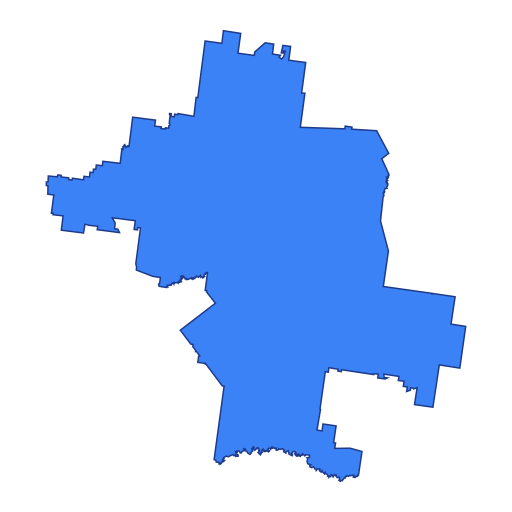 outline of Carrathool, New South Wales, Australia
{"feature_id": "25037944B9270414762897", "entity_name": "Carrathool", "entity_type": "district", "adm_level": 2, "iso_a3": "AUS", "parent_name": "Australia", "parent_adm1": "New South Wales", "projection": "albers", "projection_center": [145.4, -33.626], "detail": "fine", "context": "isolated", "style": "filled", "palette": "blue", "viewbox_px": 512, "rotation_deg": 0, "n_neighbors": 0, "source": "geoboundaries", "source_scale": "gbopen_adm2", "svg_char_len": 6072}
<svg xmlns="http://www.w3.org/2000/svg" viewBox="0 0 512 512"><path d="M61.3,230.2L83.5,233.0L85.0,224.2L89.2,225.3L97.8,226.3L97.2,229.7L119.5,232.6L117.9,229.2L114.6,228.7L115.2,223.1L112.3,217.8L135.3,220.7L134.1,229.5L137.5,229.9L137.8,227.5L140.5,227.9L135.8,263.7L136.6,267.2L136.3,270.0L152.9,276.4L160.4,277.5L159.6,283.2L158.6,284.2L159.1,286.3L166.5,287.5L166.5,287.0L167.7,287.0L167.2,286.3L167.7,285.9L167.4,285.2L169.7,285.0L170.0,286.0L170.1,285.1L171.4,285.0L171.5,283.9L172.7,283.5L172.5,282.9L173.5,282.8L173.2,283.0L173.7,283.8L173.7,283.3L174.4,283.3L174.2,282.5L177.6,282.8L177.5,281.8L178.1,282.9L178.2,282.5L178.9,282.8L178.5,282.3L178.6,282.1L178.8,282.5L179.2,282.4L178.8,281.9L179.3,282.2L179.5,281.2L179.7,281.7L180.8,281.8L180.4,280.9L181.0,281.0L180.6,280.5L181.4,279.6L180.9,279.7L180.7,279.3L181.3,279.2L181.3,278.1L182.1,277.9L181.0,276.6L181.7,276.7L181.4,276.1L181.8,276.4L181.9,275.8L183.8,276.2L183.5,277.3L185.4,278.1L185.1,278.7L186.2,278.8L186.2,279.5L187.1,279.5L187.0,278.8L188.4,279.3L190.3,278.3L191.2,278.7L191.5,278.0L192.0,278.6L192.0,277.9L193.1,277.9L192.7,278.9L193.3,279.1L195.0,278.2L194.9,277.4L196.6,276.9L196.6,276.2L198.6,277.3L199.0,276.2L200.1,276.5L200.4,275.8L200.8,277.1L201.2,276.5L202.3,277.0L202.6,277.9L203.6,277.6L203.4,277.0L204.4,276.4L203.9,276.2L204.2,274.7L205.3,274.3L205.3,273.2L206.8,273.2L206.9,272.5L207.5,272.6L205.2,290.4L206.7,290.6L206.6,292.0L215.4,303.2L180.3,330.2L190.8,344.1L193.1,344.4L192.8,346.6L195.8,350.7L195.6,351.6L196.6,351.7L199.8,356.0L198.6,356.3L197.8,362.4L205.4,363.4L205.3,364.2L206.1,364.3L222.3,385.9L224.1,386.1L214.1,459.6L216.0,460.4L216.2,462.1L218.9,462.2L219.0,463.7L220.0,463.1L220.1,464.2L221.4,463.3L221.8,462.1L223.8,461.5L223.8,461.0L222.3,461.4L222.4,460.2L224.0,460.2L223.0,459.5L223.7,458.8L222.8,458.7L223.6,458.4L223.7,457.6L226.3,456.1L228.2,456.8L232.9,454.5L233.7,455.6L235.5,455.0L235.5,456.4L238.1,456.2L238.2,455.1L236.0,453.7L236.1,452.6L235.5,451.8L236.2,451.4L236.4,452.4L237.1,452.5L237.4,451.1L238.9,450.8L240.2,452.9L241.3,452.9L242.4,451.1L244.2,450.7L243.9,448.7L245.3,449.1L245.8,451.0L246.9,451.3L247.5,452.8L249.9,454.4L251.0,453.4L250.7,452.7L252.7,451.0L251.8,448.8L252.8,448.2L252.9,447.1L253.9,447.1L253.4,449.0L254.7,450.3L255.9,449.0L257.1,448.8L257.1,447.8L258.2,447.9L259.2,449.5L258.8,450.4L259.5,450.9L258.0,452.4L260.3,454.8L261.1,453.6L260.9,452.8L262.3,452.3L261.7,450.6L263.0,449.1L263.7,450.9L264.6,450.5L264.5,451.5L265.9,451.4L266.4,450.7L268.4,451.8L270.0,450.8L269.4,450.9L267.8,449.4L268.3,448.7L269.3,448.0L270.7,449.3L271.4,447.4L272.1,448.3L272.9,448.1L273.1,447.2L274.7,448.4L276.3,448.1L276.0,450.6L276.3,449.8L276.8,450.3L278.4,449.7L278.9,448.8L280.1,449.4L282.8,448.7L283.2,449.8L284.3,450.2L283.7,451.8L285.8,453.0L285.6,452.1L288.2,450.6L289.1,454.2L292.2,455.7L292.6,454.4L291.5,453.3L293.2,451.6L294.5,451.3L295.8,452.6L294.8,453.4L295.7,454.2L295.2,454.7L295.9,455.4L296.0,454.3L297.0,454.2L297.3,456.1L298.1,455.9L297.5,455.4L298.6,454.2L299.5,456.0L300.3,456.3L300.3,455.2L301.6,455.4L302.4,453.8L303.2,454.2L303.0,454.9L304.0,454.7L304.8,455.9L306.0,454.8L309.5,455.0L309.4,457.4L307.0,457.8L307.7,458.5L307.0,461.4L307.7,463.8L310.8,464.7L309.8,465.5L310.0,466.9L311.9,467.7L313.0,466.7L314.4,467.6L314.8,468.9L316.2,469.0L316.3,470.4L317.6,469.0L319.6,468.8L320.0,469.6L319.4,470.7L321.1,472.1L322.1,470.7L322.3,471.8L324.2,473.5L324.9,472.6L324.9,474.0L325.9,473.5L327.0,474.2L327.7,475.2L327.6,476.1L328.5,476.1L328.9,477.3L329.6,476.2L330.6,476.6L331.1,474.7L331.9,474.9L333.1,476.9L334.3,474.6L335.2,475.3L336.0,475.0L336.0,476.2L337.2,477.6L339.3,477.2L339.5,479.2L338.9,480.4L340.2,481.3L340.9,480.4L342.0,480.8L344.2,478.1L345.1,478.0L344.9,477.3L345.5,476.4L346.4,476.6L346.9,475.7L348.6,476.3L349.3,475.5L350.6,475.8L352.2,475.0L352.8,475.6L353.9,475.4L353.4,477.2L355.3,477.4L355.8,476.4L357.6,476.3L357.6,475.1L358.5,475.0L362.0,451.5L350.1,448.2L334.7,448.4L335.6,443.0L333.6,442.7L336.1,425.9L323.0,424.0L322.0,430.9L317.0,430.1L320.5,409.3L320.0,409.0L325.3,371.7L328.3,372.2L328.9,367.7L338.1,369.2L337.9,371.1L341.3,371.6L341.6,369.7L373.8,374.6L374.0,373.6L378.2,374.2L377.7,377.9L385.0,379.0L387.4,377.9L384.1,377.4L383.8,374.1L398.9,376.4L398.3,380.5L404.1,381.2L403.3,386.4L407.3,387.0L406.6,391.5L410.3,390.2L410.6,387.8L413.5,388.3L413.7,388.9L417.1,387.7L414.5,404.6L432.9,407.2L439.3,364.9L459.8,368.1L465.7,326.4L451.0,324.1L455.1,296.8L432.2,293.4L432.0,294.6L431.6,293.3L383.3,286.5L388.4,251.0L380.5,220.9L383.2,196.2L384.0,195.7L383.2,192.9L384.3,192.8L384.7,191.7L384.0,191.3L385.0,188.7L387.0,188.3L386.5,187.6L387.6,185.7L387.4,184.5L388.0,184.0L387.2,182.8L386.6,183.1L386.2,181.6L386.9,181.3L386.1,180.4L387.2,180.8L387.7,180.4L386.5,179.1L387.4,178.5L386.6,177.3L388.1,177.5L387.8,176.7L388.4,176.6L388.1,176.0L388.8,175.5L388.3,174.9L388.9,174.4L381.8,158.7L388.7,153.3L376.6,130.7L351.7,129.2L352.0,127.1L345.2,126.1L344.9,128.8L300.3,127.3L304.9,93.2L301.6,93.1L305.7,62.5L288.8,60.2L290.6,46.4L282.9,45.4L281.3,52.9L283.0,53.1L283.7,50.9L285.3,51.2L283.6,56.7L281.7,59.1L279.1,57.1L280.5,55.3L272.5,54.0L273.7,44.1L265.2,42.8L254.7,52.0L254.3,55.4L238.0,53.2L240.7,33.4L223.4,30.7L221.9,43.3L205.1,41.0L197.8,97.6L196.1,97.4L193.9,116.3L178.1,113.6L178.0,114.6L174.7,114.2L174.2,116.8L171.0,116.4L171.3,113.7L169.6,113.5L169.5,114.5L170.2,114.7L169.2,123.4L170.0,124.2L169.9,125.1L168.9,125.7L168.6,128.2L165.5,127.8L165.3,129.0L161.0,128.5L161.3,126.9L154.7,126.1L155.5,120.1L132.7,117.2L128.9,147.2L128.5,145.9L127.8,145.8L127.2,146.8L126.2,146.4L125.8,147.2L124.8,144.6L123.9,145.3L123.8,146.7L122.8,146.9L123.3,149.0L121.8,149.0L122.2,149.6L121.8,149.6L120.2,163.3L102.9,161.3L102.3,165.7L96.3,165.0L95.8,169.4L93.5,169.1L93.1,172.6L90.0,172.2L89.5,177.0L84.0,176.3L83.5,179.8L72.5,178.2L72.0,180.0L68.7,179.6L68.7,177.8L61.1,177.0L61.1,175.3L57.7,175.0L57.3,176.8L48.3,176.0L48.1,181.8L46.4,182.0L46.3,185.5L48.0,185.8L47.8,194.2L53.8,195.0L51.4,213.2L53.2,213.4L53.0,214.7L63.1,215.9L61.3,230.2Z" fill="#3b82f6" stroke="#1e3a8a" stroke-width="1.5"/></svg>